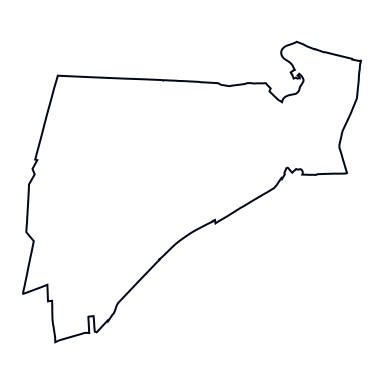 the district of Baarn, Utrecht, Netherlands
{"feature_id": "6326949B71920055315965", "entity_name": "Baarn", "entity_type": "district", "adm_level": 2, "iso_a3": "NLD", "parent_name": "Netherlands", "parent_adm1": "Utrecht", "projection": "albers", "projection_center": [5.285, 52.199], "detail": "fine", "context": "isolated", "style": "outline", "palette": "ink", "viewbox_px": 384, "rotation_deg": 0, "n_neighbors": 0, "source": "geoboundaries", "source_scale": "gbopen_adm2", "svg_char_len": 5530}
<svg xmlns="http://www.w3.org/2000/svg" viewBox="0 0 384 384"><path d="M346.6,122.4L349.0,117.3L350.1,115.0L350.6,113.8L352.1,110.3L352.9,108.2L354.4,104.6L356.6,99.2L356.9,98.3L357.0,98.1L357.0,97.8L357.8,89.4L358.6,82.1L358.8,79.5L358.9,76.4L359.4,71.1L359.7,70.1L359.9,66.7L360.2,63.8L360.3,63.4L360.6,63.0L360.9,61.0L361.0,60.8L360.9,60.7L360.6,60.7L360.6,61.1L360.4,61.2L360.2,61.2L352.5,59.6L352.4,59.6L352.4,59.3L352.5,59.0L352.4,58.9L339.2,55.7L338.1,55.4L337.1,55.2L331.5,53.8L327.2,52.7L324.7,52.1L324.4,52.1L324.1,52.3L315.0,49.1L314.8,49.4L310.2,47.6L306.3,46.1L305.9,45.8L305.4,45.5L303.4,44.4L302.2,43.9L296.7,41.8L296.1,42.2L294.9,42.8L293.5,43.4L289.8,44.7L288.1,45.2L287.4,45.5L285.8,46.2L285.2,46.5L284.5,47.0L283.8,47.6L283.1,48.3L282.7,48.7L282.3,49.2L282.1,49.5L281.8,50.0L281.5,51.0L281.4,51.2L281.3,51.9L281.2,52.2L281.2,52.8L281.3,53.8L281.5,54.6L281.6,54.9L281.6,55.1L281.9,55.7L282.2,56.2L282.6,56.9L283.4,58.0L283.9,58.5L284.9,59.2L285.9,59.9L287.6,60.9L288.1,61.2L288.6,61.6L290.3,62.9L291.3,63.9L291.7,64.3L292.3,65.1L292.7,65.8L293.1,66.6L294.0,68.5L294.9,69.9L293.1,70.6L292.7,70.7L292.5,70.9L292.4,71.0L292.2,71.3L292.3,71.4L290.7,72.4L291.4,73.8L291.6,73.9L291.7,74.0L291.8,74.1L292.0,74.7L292.3,74.7L292.4,74.8L292.5,75.3L292.6,76.0L293.8,78.6L296.0,77.6L296.8,78.2L297.3,78.5L297.5,78.6L298.1,78.5L298.9,78.3L299.6,78.1L299.8,78.2L299.8,77.6L299.6,77.2L299.3,76.8L298.9,76.4L297.6,75.5L299.1,73.8L300.6,75.0L301.2,75.6L301.5,76.0L302.0,76.6L302.4,77.3L303.1,78.6L303.3,79.1L303.4,79.4L303.5,79.7L303.5,80.3L303.5,80.5L303.5,80.8L303.4,81.4L303.3,81.7L303.0,82.2L301.5,84.7L300.3,86.5L300.1,86.9L299.2,90.0L299.1,90.5L298.9,90.8L298.5,91.4L298.2,91.8L297.8,92.3L296.5,93.4L296.4,93.5L295.9,93.8L295.4,93.9L294.7,94.1L290.9,94.8L290.0,95.0L288.6,95.3L288.1,95.5L286.9,96.0L285.1,97.0L284.8,97.2L284.2,97.8L283.5,98.6L283.1,99.1L282.8,99.7L282.6,100.2L282.0,102.2L280.0,100.8L278.8,100.3L278.1,99.7L274.1,95.9L269.5,91.4L270.0,90.0L270.7,88.6L270.7,88.4L267.1,84.8L266.3,83.8L265.9,83.2L264.0,83.3L262.2,83.3L258.3,83.3L256.9,83.3L255.0,83.5L254.3,83.5L252.8,83.4L251.2,83.1L250.0,83.1L247.9,83.1L247.3,83.1L247.1,83.2L245.1,83.9L244.7,84.0L241.2,84.5L239.1,84.8L232.4,85.6L232.0,85.6L229.8,86.1L229.0,86.1L226.4,85.7L222.2,85.0L221.4,84.9L220.8,84.7L219.9,84.2L219.2,83.8L218.7,83.4L217.0,83.1L213.1,82.9L208.3,82.6L200.6,82.2L199.2,81.9L184.0,81.1L179.5,81.0L175.6,80.7L169.9,80.5L164.8,80.2L164.3,80.3L163.4,80.6L163.2,80.2L162.5,80.1L144.2,79.3L124.0,78.6L90.7,77.2L66.3,76.1L57.8,75.7L57.3,77.6L56.2,81.4L54.3,87.7L51.9,96.8L49.0,107.4L48.5,109.0L48.2,110.3L47.9,111.2L47.3,113.6L46.9,114.9L46.1,118.1L44.6,123.8L41.9,134.5L35.9,156.9L35.2,159.6L37.2,160.2L37.1,160.3L36.9,160.9L32.5,168.9L34.7,174.4L29.0,184.5L29.0,186.2L28.9,187.5L28.8,190.9L27.4,215.2L27.3,216.3L27.0,223.0L26.7,226.0L26.3,232.1L29.8,236.4L32.2,239.2L33.8,241.2L31.8,251.1L30.6,256.6L29.2,263.5L28.9,264.7L27.2,273.4L26.4,277.3L25.3,282.5L24.9,284.5L24.4,287.0L23.8,289.3L23.0,293.2L23.3,293.9L25.3,293.1L28.0,292.2L28.8,291.8L30.1,291.4L33.4,290.1L40.5,287.5L47.4,284.8L47.7,292.7L48.0,301.3L52.1,300.8L52.2,304.3L52.3,307.9L52.3,308.1L52.3,311.8L52.4,316.4L52.5,319.2L52.6,320.7L53.0,323.8L53.6,327.1L55.0,336.5L55.2,338.0L55.2,338.5L55.2,340.4L55.3,341.7L55.3,342.2L59.2,340.4L71.4,336.8L80.3,334.3L84.1,333.1L84.8,333.0L85.6,332.8L85.8,332.8L89.2,333.0L89.1,331.4L89.1,330.6L88.8,324.9L88.7,322.5L88.4,318.0L88.4,316.8L88.8,316.6L93.6,316.1L94.0,320.7L94.3,325.5L94.3,326.2L94.8,331.6L96.7,332.3L98.5,330.4L103.7,324.8L105.9,322.4L107.7,320.5L108.0,321.3L108.8,320.2L110.8,317.3L110.9,317.1L112.8,314.3L113.7,313.5L113.7,313.4L114.3,312.4L114.6,311.8L114.7,311.3L115.0,310.8L115.0,310.6L115.2,310.2L116.2,306.9L116.4,306.3L116.9,305.2L117.3,304.4L117.7,303.8L118.3,302.9L118.9,302.2L124.5,296.3L126.6,294.1L128.3,292.3L129.4,291.2L129.5,291.0L134.3,286.0L134.6,285.6L146.3,273.4L146.9,272.8L147.1,272.6L150.0,269.6L155.4,263.9L156.2,263.1L159.7,259.6L159.3,259.3L159.7,258.9L159.9,258.8L160.2,258.8L164.6,254.7L166.9,252.4L171.5,247.9L174.6,245.0L175.4,244.3L177.0,242.9L178.1,242.1L179.7,240.8L181.9,239.2L186.8,235.8L190.2,233.5L192.8,231.9L193.4,231.5L197.3,229.4L202.0,226.9L204.0,225.9L205.2,225.2L212.8,221.5L212.7,221.1L215.0,219.9L215.1,220.2L215.1,220.4L215.2,222.1L215.5,223.4L217.2,222.2L218.5,221.4L221.8,219.5L228.2,215.7L240.4,208.0L241.5,207.3L242.5,206.9L243.2,206.5L252.4,200.9L261.7,195.4L268.2,191.7L273.9,188.2L274.2,188.0L276.2,185.7L276.9,184.9L277.5,183.8L281.3,178.3L281.5,178.8L281.7,179.1L281.9,179.3L282.5,178.3L284.8,174.4L284.6,174.1L284.5,173.4L284.4,173.1L284.5,172.8L284.5,172.7L286.3,168.5L286.4,168.2L286.5,168.1L287.3,167.8L287.5,167.7L287.9,167.8L292.2,172.7L294.2,170.8L296.2,169.0L297.1,169.4L297.4,169.5L298.5,169.6L299.6,169.3L300.5,169.2L300.7,169.3L301.0,169.4L301.5,169.7L301.8,170.0L302.1,170.5L302.5,171.2L302.7,171.9L302.8,172.1L302.8,172.5L302.7,173.2L302.5,174.0L302.3,174.6L308.6,174.8L309.4,174.9L310.3,174.9L311.4,174.8L312.2,174.8L315.3,174.9L315.8,174.8L316.0,174.9L316.6,174.6L317.7,174.2L320.4,174.1L325.4,173.9L328.3,173.9L329.7,173.8L332.8,173.7L334.3,173.7L337.2,173.7L343.8,173.6L345.4,173.5L345.8,173.5L346.6,173.1L346.9,173.1L347.1,172.9L346.8,172.4L346.7,172.0L345.1,166.6L342.9,159.3L341.8,155.3L340.8,151.9L339.8,148.9L339.6,148.4L339.5,147.6L339.4,146.8L339.4,146.4L339.4,145.6L339.4,145.2L339.5,144.6L339.9,142.8L340.3,140.9L341.0,138.1L341.8,134.1L342.4,131.7L342.6,131.1L343.0,130.1L346.6,122.4Z" fill="none" stroke="#020617" stroke-width="2"/></svg>